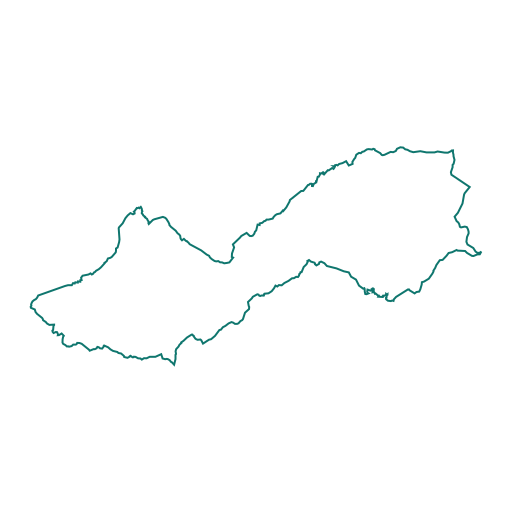 Cabesti, Bihor, Romania (Albers equal-area conic projection)
{"feature_id": "2599482B71952057061288", "entity_name": "Cabesti", "entity_type": "district", "adm_level": 2, "iso_a3": "ROU", "parent_name": "Romania", "parent_adm1": "Bihor", "projection": "albers", "projection_center": [22.412, 46.783], "detail": "fine", "context": "isolated", "style": "outline", "palette": "teal", "viewbox_px": 512, "rotation_deg": 0, "n_neighbors": 0, "source": "geoboundaries", "source_scale": "gbopen_adm2", "svg_char_len": 6051}
<svg xmlns="http://www.w3.org/2000/svg" viewBox="0 0 512 512"><path d="M386.1,299.2L387.9,300.7L390.9,301.1L392.2,300.5L393.5,300.9L393.9,299.3L396.1,296.9L408.0,289.4L409.1,289.5L409.4,290.2L414.6,293.4L416.5,292.0L419.2,291.6L420.3,289.3L421.7,284.5L421.9,282.2L424.0,281.6L428.8,278.7L432.4,273.6L433.5,271.5L433.4,270.7L435.2,267.9L436.4,265.0L439.8,260.2L442.6,259.9L446.6,255.7L448.6,253.0L452.1,252.2L456.6,250.0L457.5,250.6L465.1,251.0L467.0,252.9L472.0,255.9L473.5,256.0L477.4,254.4L479.8,254.3L481.3,251.6L479.6,252.8L477.5,252.9L475.6,251.6L473.3,248.0L467.5,244.5L466.4,241.8L467.0,237.1L468.6,233.4L468.6,231.8L468.0,229.4L466.8,227.1L464.8,226.6L461.0,227.4L459.9,226.8L459.3,224.3L458.3,222.5L456.6,221.1L454.6,216.7L457.9,212.8L462.5,203.5L464.1,194.5L464.7,193.2L469.7,187.0L451.4,174.7L450.9,172.2L452.6,167.2L452.6,164.9L453.6,163.8L454.5,159.9L453.5,156.1L453.5,154.9L452.9,152.3L453.0,150.4L451.7,150.5L451.0,151.2L447.9,152.7L444.5,152.6L437.6,151.5L434.5,152.4L426.5,152.4L420.3,151.2L413.3,152.2L409.9,151.2L407.5,149.8L405.2,149.3L403.2,147.6L400.3,147.3L397.0,148.8L395.8,151.0L393.2,152.2L390.6,151.9L384.5,154.8L382.7,155.2L381.7,154.9L380.2,153.1L375.0,150.3L374.6,149.2L373.2,148.8L372.1,149.5L368.6,149.1L366.9,149.4L363.8,151.5L362.3,151.8L360.8,153.2L359.0,152.9L356.3,154.7L355.2,157.9L354.2,159.0L352.4,161.9L352.6,163.9L348.8,165.5L346.1,161.2L342.5,163.1L339.1,164.0L337.6,165.4L336.5,164.9L335.1,165.2L335.0,166.2L333.6,166.2L334.4,166.7L334.5,167.5L333.5,168.9L332.2,168.0L328.7,170.4L327.8,170.2L324.0,174.5L323.0,173.8L323.4,172.4L323.1,172.2L321.2,173.5L320.0,173.3L320.1,174.3L318.8,176.7L317.7,176.8L316.4,181.9L316.0,181.7L316.0,182.5L313.7,184.0L312.9,186.1L312.0,186.0L312.0,183.9L311.4,183.7L310.1,183.8L308.8,184.9L308.0,185.0L303.3,190.9L301.2,191.0L289.9,200.0L289.6,201.4L286.3,207.4L283.3,211.0L282.9,210.5L280.4,213.4L276.9,214.2L275.4,215.1L273.6,217.0L272.7,218.6L268.5,219.6L266.5,219.6L265.5,220.8L264.2,221.1L262.3,222.8L259.7,223.4L259.6,225.0L257.6,224.6L256.2,230.4L254.9,231.8L254.3,233.7L252.7,235.7L251.2,236.1L249.7,235.9L246.6,232.9L241.3,236.0L239.9,237.7L232.9,244.4L234.1,247.4L232.0,253.5L231.8,257.0L233.1,257.6L229.4,262.4L227.1,262.9L224.2,263.3L222.1,262.4L220.1,262.3L218.3,261.1L216.2,261.4L214.6,261.0L211.6,259.0L209.9,257.4L209.1,255.8L206.7,254.6L201.2,250.4L189.7,244.2L188.2,242.3L187.4,241.9L187.0,241.2L185.9,240.9L183.9,238.9L182.0,240.3L180.9,239.1L180.5,238.1L180.2,235.9L179.3,234.6L177.5,233.2L175.7,230.7L170.9,226.8L169.4,225.0L169.3,224.0L168.4,222.1L166.3,218.8L165.2,217.8L162.9,216.9L154.3,219.3L152.8,220.0L148.8,224.0L148.4,223.1L148.7,221.7L147.7,220.4L147.1,218.9L144.9,217.3L145.1,216.8L143.2,215.4L142.9,214.5L141.8,213.4L141.9,212.0L142.4,211.2L141.8,210.1L141.9,209.2L141.0,207.2L140.8,206.9L139.4,208.2L138.7,207.6L137.4,208.2L136.8,208.0L134.5,211.2L133.9,211.6L134.5,212.5L134.6,213.5L133.0,214.3L130.4,213.1L127.7,215.4L125.4,218.2L122.7,223.3L118.9,227.5L118.7,228.4L119.5,239.5L119.1,242.2L117.6,247.5L116.0,248.5L116.0,250.9L115.7,252.4L111.8,256.9L110.4,257.8L107.9,258.5L106.7,261.2L104.5,262.9L104.7,263.2L101.0,267.3L98.8,269.2L96.0,270.8L95.1,271.9L93.9,272.5L93.2,273.7L91.8,274.5L90.5,273.4L88.5,274.5L82.6,275.7L81.1,277.7L81.6,280.0L80.4,280.1L80.3,281.7L78.0,281.4L77.8,282.6L75.3,282.3L74.7,283.5L73.1,283.1L71.8,285.2L68.0,285.2L65.0,286.0L38.2,295.5L37.1,297.7L35.8,299.2L34.2,300.0L32.5,301.4L31.5,303.3L31.1,304.6L31.4,305.7L30.7,306.7L30.9,307.8L34.8,309.5L35.6,312.1L37.2,314.0L42.1,317.9L42.8,319.0L43.1,320.2L45.8,322.0L47.0,323.5L49.4,324.9L54.1,324.6L54.1,325.1L53.5,325.8L53.1,330.0L52.4,330.6L52.6,331.8L53.6,333.0L55.9,332.0L57.1,332.2L58.1,334.6L57.9,335.2L59.0,335.1L61.6,333.5L63.8,335.8L63.1,336.9L62.6,339.3L62.5,342.6L63.2,343.9L65.3,345.0L67.0,346.5L68.1,346.3L69.0,346.7L71.6,346.1L73.2,344.6L75.8,344.6L76.6,344.1L77.2,342.9L79.5,343.0L81.7,343.8L89.0,349.7L89.7,350.7L93.7,349.1L94.8,349.2L96.6,348.3L97.4,346.9L98.7,347.2L100.0,348.3L102.1,348.6L103.7,346.6L103.7,345.9L104.1,345.5L108.1,347.3L110.5,349.4L113.0,350.9L117.4,352.0L118.4,353.0L121.1,353.5L123.9,355.9L124.2,357.0L127.5,357.8L129.8,356.6L129.8,356.2L130.5,355.8L132.5,357.3L133.6,357.2L133.9,356.7L135.6,356.9L138.0,358.3L140.5,358.5L141.8,359.6L144.0,358.2L146.6,358.3L149.7,356.8L155.4,356.8L161.2,354.2L162.6,358.5L165.2,359.2L166.7,358.9L167.8,359.1L169.7,360.2L170.9,361.8L171.8,362.2L174.1,364.7L175.5,359.1L175.5,354.8L176.0,354.0L175.6,351.2L176.2,349.1L178.5,346.6L179.5,344.7L181.4,343.0L181.2,342.4L183.4,340.9L187.0,337.5L191.6,334.6L192.4,334.6L192.9,335.4L193.7,335.8L193.7,336.3L195.4,338.7L196.2,339.2L197.6,339.8L200.4,339.5L201.3,340.3L203.0,343.6L209.0,339.7L211.1,339.2L215.0,335.9L219.4,330.0L220.9,329.7L222.9,327.2L225.4,325.9L228.6,323.4L231.5,322.1L233.1,322.6L235.0,323.9L237.1,323.9L238.5,323.3L240.4,321.1L242.2,320.1L243.0,319.0L245.0,312.7L249.0,309.1L249.2,307.0L248.7,305.9L248.0,302.0L251.8,298.4L252.8,296.8L257.3,294.3L258.5,294.6L259.3,295.7L260.2,296.0L261.4,295.5L263.8,295.6L264.2,294.6L264.0,294.3L264.5,293.7L268.5,293.3L271.7,291.2L274.0,288.3L275.5,285.6L277.3,286.5L278.9,285.1L281.7,285.3L284.4,283.0L288.5,280.9L292.0,278.3L293.9,278.2L296.2,276.8L298.0,277.0L299.0,275.6L299.3,274.0L300.1,273.5L300.5,272.2L301.6,272.1L303.7,267.0L306.5,264.3L307.8,261.6L307.4,261.0L309.0,260.0L310.9,261.6L314.5,262.7L315.1,263.6L315.0,264.2L316.4,265.4L319.0,263.9L319.3,262.4L321.1,261.6L324.4,263.2L326.9,266.0L336.5,268.4L343.8,271.3L348.8,272.4L351.1,276.7L356.0,279.6L359.0,285.6L363.2,288.7L364.3,288.2L364.6,288.7L364.8,291.8L365.3,294.0L366.5,294.2L368.5,293.4L367.5,292.8L367.2,291.6L367.5,289.6L370.8,290.7L372.5,290.7L372.9,290.5L371.7,289.1L372.6,288.4L373.3,288.5L373.8,289.0L373.8,290.2L372.7,292.3L374.2,292.2L375.0,293.8L375.6,293.5L377.8,295.4L378.7,295.6L378.2,296.7L382.9,297.0L383.4,296.4L382.9,295.9L383.1,295.6L384.1,295.7L386.0,295.0L386.1,293.9L387.0,294.6L387.5,294.2L387.5,294.8L386.7,295.4L386.5,297.7L386.0,297.9L386.1,299.2Z" fill="none" stroke="#0f766e" stroke-width="2"/></svg>